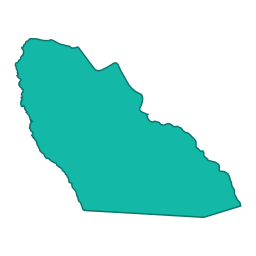 outline of Jonglei
{"feature_id": "SDS-870", "entity_name": "Jonglei", "entity_type": "State", "adm_level": 1, "iso_a3": "SSD", "parent_name": "South Sudan", "parent_adm1": "", "projection": "albers", "projection_center": [31.68, 7.658], "detail": "fine", "context": "isolated", "style": "filled", "palette": "teal", "viewbox_px": 256, "rotation_deg": 0, "n_neighbors": 0, "source": "natural_earth", "source_scale": "10m", "svg_char_len": 5035}
<svg xmlns="http://www.w3.org/2000/svg" viewBox="0 0 256 256"><path d="M147.7,114.5L147.0,115.3L146.9,115.8L148.1,118.9L148.5,119.7L149.3,120.2L149.5,120.6L149.6,121.0L149.8,121.3L150.1,121.4L151.4,121.6L152.4,122.0L153.1,122.1L153.3,121.7L153.6,121.6L155.1,121.3L155.5,121.3L156.8,121.9L158.4,122.1L158.8,122.2L159.5,122.9L160.2,123.7L161.1,124.5L163.7,125.2L164.3,125.1L165.5,124.4L165.9,124.2L167.9,123.7L169.1,123.7L169.9,124.0L170.4,124.3L171.2,124.6L171.7,124.8L172.2,125.2L172.8,126.1L173.3,126.4L174.3,126.7L177.4,126.4L177.9,126.5L179.2,127.4L180.6,127.8L181.1,128.0L181.7,128.7L183.2,130.8L185.6,132.6L186.1,132.7L187.1,132.8L187.5,132.9L189.0,133.7L194.8,139.7L195.7,141.0L196.0,142.6L196.0,147.0L196.2,147.3L196.5,147.4L198.6,149.1L199.9,150.7L200.8,151.4L201.7,151.2L202.5,150.8L203.1,151.2L203.6,152.0L203.8,153.0L203.8,154.5L203.8,155.0L204.0,156.1L204.3,156.5L204.7,156.7L205.0,156.9L205.5,157.5L207.4,158.9L207.6,159.2L207.9,160.0L208.2,160.3L208.5,160.4L208.7,160.6L215.4,162.2L218.4,164.3L218.8,164.9L219.2,165.6L219.4,166.4L219.4,167.4L219.3,167.5L218.9,167.8L218.8,168.1L219.1,168.6L219.1,168.8L219.5,170.8L220.0,171.2L220.8,171.4L222.9,171.4L223.9,171.5L224.7,171.8L227.9,173.9L228.2,174.5L228.4,175.3L229.0,176.0L229.3,176.2L229.8,178.1L230.3,180.0L231.4,182.7L231.8,185.5L232.2,186.4L234.1,189.6L234.4,190.9L234.5,193.7L234.7,194.6L236.4,197.5L237.3,199.8L238.1,200.7L239.0,201.5L239.8,202.5L240.2,203.5L240.6,206.0L203.8,217.3L110.2,211.9L84.8,210.5L84.6,209.7L84.2,209.7L83.9,209.9L83.6,210.0L83.2,209.6L82.8,209.0L82.5,208.4L82.3,207.9L82.2,206.9L80.7,203.2L80.3,202.4L79.7,201.8L79.2,201.5L78.7,201.0L78.3,199.8L77.8,197.6L76.7,195.2L76.4,193.3L76.3,192.4L75.9,191.7L75.6,191.1L72.5,187.4L72.0,186.2L71.8,184.2L71.5,183.3L70.9,182.9L70.0,182.8L69.4,182.3L69.0,181.6L68.8,180.6L68.4,178.4L68.2,177.4L67.6,177.0L67.3,176.9L67.2,176.5L67.2,176.0L67.0,175.6L65.5,174.1L65.1,173.3L64.9,172.5L64.6,171.8L63.7,171.5L63.2,171.3L62.7,170.6L62.0,169.2L60.9,168.1L60.2,167.5L59.2,167.2L58.9,166.9L58.2,166.1L57.9,165.9L57.1,165.5L56.8,165.3L56.6,164.9L56.4,163.9L56.2,163.4L55.7,163.1L54.5,162.8L54.0,162.6L53.4,162.1L51.8,161.3L48.6,158.7L48.2,158.5L47.0,158.2L46.6,158.2L46.2,158.1L45.9,157.8L44.6,156.0L44.5,155.6L44.3,155.3L44.2,154.4L43.9,153.8L41.6,152.6L40.7,151.3L40.1,150.9L39.8,150.6L39.6,149.1L39.3,148.5L38.9,147.9L38.4,147.0L38.1,145.8L37.3,144.9L37.0,144.1L36.8,142.2L36.3,141.2L34.9,139.6L34.6,138.8L34.4,138.1L34.1,138.0L33.6,138.1L33.3,137.9L33.2,137.7L33.3,137.1L33.3,136.9L32.7,136.5L32.6,136.3L32.4,136.1L31.9,135.7L31.6,135.2L31.8,135.0L32.4,135.0L32.8,134.8L32.9,134.4L33.0,133.9L32.8,133.0L32.4,132.1L31.8,131.4L30.8,130.9L30.7,130.4L30.8,129.9L30.7,129.5L30.4,129.1L29.7,128.6L29.4,128.1L29.5,127.8L29.9,127.5L30.1,127.2L29.8,126.3L30.1,124.1L30.3,123.8L30.5,123.6L30.7,123.3L31.0,122.9L31.3,122.6L31.4,122.3L31.0,121.9L31.0,121.6L31.4,121.6L31.6,121.5L31.8,121.4L32.0,121.3L31.1,121.0L30.7,121.0L30.7,120.7L31.4,120.2L31.1,119.9L30.4,119.6L30.1,119.2L30.1,117.9L30.0,117.5L29.5,117.2L29.1,115.5L26.2,112.2L26.8,111.7L26.2,110.8L25.3,109.8L24.7,108.9L24.6,108.2L24.7,107.5L24.6,106.9L24.3,106.3L23.7,106.3L23.1,106.5L22.7,106.5L22.7,105.6L21.5,106.2L20.9,104.7L20.7,102.7L21.0,101.7L21.7,101.5L21.6,100.9L21.3,100.4L21.3,100.1L22.1,99.8L22.1,99.1L21.2,97.5L21.5,97.4L22.4,96.9L22.1,96.4L21.9,95.0L21.5,94.6L21.8,93.3L22.0,93.0L22.4,92.8L22.6,92.6L22.9,91.3L23.2,90.7L23.2,90.0L22.8,89.1L22.6,89.0L22.0,89.1L21.8,89.1L21.8,88.9L21.9,88.3L21.8,88.1L20.5,87.1L20.2,86.9L20.1,86.4L19.4,85.7L19.2,85.3L19.4,84.7L19.7,84.2L19.7,83.8L19.2,83.5L19.3,84.0L19.2,84.1L18.9,84.1L19.0,83.6L19.1,83.0L19.3,82.4L19.6,81.9L20.5,80.7L20.9,80.0L20.9,79.3L20.6,78.9L20.3,78.8L19.9,78.7L19.6,78.6L17.7,76.9L17.4,76.3L17.0,75.7L17.6,75.2L18.1,74.7L18.3,74.1L18.0,73.4L17.7,73.7L17.4,72.9L17.5,71.3L17.4,70.5L17.2,70.1L16.6,69.5L16.4,69.1L16.4,68.8L16.4,68.2L16.4,67.8L16.2,67.1L15.7,66.1L15.5,65.6L15.4,64.8L15.5,64.0L15.8,63.4L16.1,62.9L16.4,62.8L17.2,62.7L17.4,62.6L18.2,61.8L18.4,61.7L18.4,61.4L18.6,60.6L18.7,60.4L18.9,60.2L19.6,60.0L20.0,59.7L20.5,59.2L20.7,58.7L20.9,57.1L21.4,56.3L22.0,55.8L22.7,55.4L23.2,54.8L22.9,54.5L23.0,54.2L23.3,53.9L23.5,53.6L23.5,50.5L23.4,49.8L23.1,49.5L22.7,49.4L22.3,49.0L21.7,47.8L22.2,47.3L23.1,47.0L23.6,46.2L23.8,45.2L24.3,44.5L25.0,44.0L25.5,43.5L26.0,41.9L26.4,41.4L27.2,41.2L27.9,41.0L28.4,40.4L28.9,39.8L29.4,39.2L30.2,38.9L31.0,38.7L36.8,38.9L42.7,40.4L44.8,40.6L48.5,40.6L49.2,40.5L49.8,40.2L50.5,39.8L51.5,39.9L53.6,40.7L59.2,43.8L66.6,45.8L68.7,46.1L69.7,46.4L70.2,47.0L70.5,47.3L71.4,47.7L72.3,48.0L73.0,48.1L75.1,47.8L77.3,47.1L77.8,47.0L78.0,47.1L78.6,47.7L94.2,68.6L95.8,70.0L97.7,70.7L99.5,70.7L101.0,70.3L107.2,67.3L113.0,63.7L114.1,63.2L115.2,62.9L116.1,62.9L117.0,63.5L118.0,64.7L119.6,68.1L120.5,70.2L128.8,84.9L131.6,88.2L135.6,91.6L140.5,94.0L141.7,95.0L142.4,96.5L142.6,98.8L142.5,100.8L142.1,102.7L141.5,104.5L140.0,107.6L139.7,109.0L139.9,110.3L141.0,111.4L142.0,112.1L147.6,114.5L147.7,114.5Z" fill="#14b8a6" stroke="#0f766e" stroke-width="1.5"/></svg>